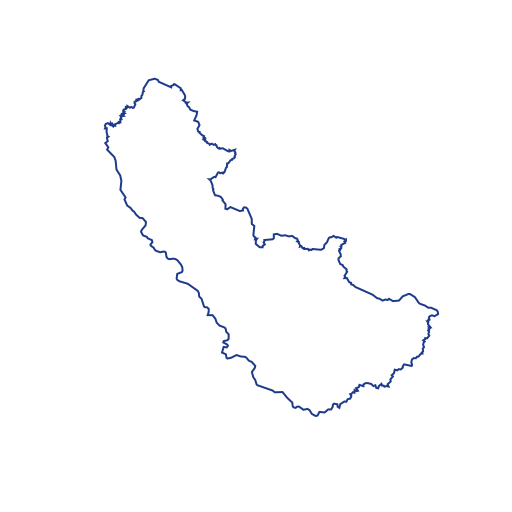 Pichincha, Manabi, Ecuador (Robinson projection), rotated 115°
{"feature_id": "8360857B60959111227770", "entity_name": "Pichincha", "entity_type": "district", "adm_level": 2, "iso_a3": "ECU", "parent_name": "Ecuador", "parent_adm1": "Manabi", "projection": "robinson", "projection_center": [-79.88, -0.896], "detail": "fine", "context": "isolated", "style": "outline", "palette": "blue", "viewbox_px": 512, "rotation_deg": 115, "n_neighbors": 0, "source": "geoboundaries", "source_scale": "gbopen_adm2", "svg_char_len": 6078}
<svg xmlns="http://www.w3.org/2000/svg" viewBox="0 0 512 512"><g transform="rotate(115 256 256)"><path d="M267.0,387.2L267.3,385.3L269.2,382.1L270.6,377.7L269.6,374.8L271.7,370.1L274.9,369.0L280.3,370.5L282.6,370.5L285.1,367.1L284.8,363.1L285.7,361.5L285.6,357.1L287.3,355.7L290.2,356.5L291.1,355.8L291.7,352.4L293.4,349.7L293.5,348.2L293.1,344.4L291.1,341.8L290.6,340.1L291.2,339.0L294.5,336.9L295.6,335.1L295.5,333.2L293.3,329.7L292.8,327.6L293.1,325.4L295.5,320.4L297.2,318.2L300.4,316.3L301.9,316.4L305.5,319.8L310.0,318.4L310.9,317.3L311.3,315.0L310.0,306.1L312.2,294.2L313.5,292.3L316.8,290.3L317.8,287.3L323.7,281.8L324.0,280.7L323.2,278.7L323.9,276.5L326.9,275.2L330.0,274.8L328.0,270.3L330.0,266.3L333.0,263.5L334.5,259.6L334.1,254.9L334.5,253.0L337.3,250.9L338.5,247.7L342.6,245.8L344.3,246.2L346.8,249.3L348.2,249.1L348.4,244.7L349.2,243.5L351.2,243.9L352.1,246.9L357.9,246.0L357.8,241.8L360.7,239.7L361.0,238.6L358.8,235.6L354.0,231.8L353.5,227.3L352.0,223.2L352.2,221.8L353.9,218.2L353.8,215.1L355.9,210.2L358.0,209.8L362.9,210.7L366.9,207.3L368.7,204.3L372.2,201.1L372.5,199.9L370.9,184.1L371.6,181.4L368.1,174.5L371.4,167.6L373.5,161.2L376.8,159.1L377.3,158.0L376.9,155.9L375.4,155.3L374.3,153.5L375.3,148.0L372.8,144.7L373.1,142.3L375.5,138.7L375.8,134.4L374.6,132.8L370.5,132.6L368.8,127.7L364.5,125.7L363.4,123.1L360.1,122.7L358.3,123.5L356.8,122.8L356.0,119.6L358.1,118.3L358.4,116.3L354.6,117.0L350.5,114.4L350.0,112.6L347.0,112.4L345.4,110.3L342.6,110.4L341.4,112.2L340.6,111.2L338.5,110.6L338.3,109.0L335.8,110.0L336.0,107.8L335.1,106.7L333.4,109.4L331.5,107.4L329.1,107.8L328.6,103.6L327.0,104.3L324.9,103.0L323.9,100.8L323.3,97.4L324.3,94.6L322.7,93.2L324.7,91.3L324.3,89.3L322.0,89.7L318.9,88.3L320.2,87.1L319.5,85.5L320.2,84.4L318.6,82.6L318.3,80.7L316.6,82.5L312.7,80.9L311.0,82.1L307.4,81.0L306.7,82.6L303.8,81.4L300.4,82.2L299.9,79.6L298.3,78.9L297.6,76.8L295.1,75.8L293.9,76.4L291.6,75.9L289.9,68.5L288.7,68.5L286.6,70.4L283.8,70.9L281.8,69.8L281.1,67.9L279.2,67.5L278.5,66.2L274.9,65.3L274.1,64.0L273.4,64.9L272.0,64.2L269.5,65.7L267.6,65.2L265.9,67.0L263.5,67.5L262.3,67.0L261.7,68.8L259.9,67.5L258.9,67.9L258.3,66.2L255.0,65.3L253.8,66.9L251.7,67.0L250.8,68.4L249.8,67.8L249.3,68.7L248.1,68.0L247.6,69.1L246.9,67.7L245.1,71.4L243.6,71.9L242.9,73.1L242.6,72.3L242.1,72.8L240.6,71.9L240.4,72.8L239.7,72.5L238.4,73.4L236.7,72.8L235.4,71.4L235.1,68.8L231.7,66.4L229.9,67.5L228.8,69.2L228.9,75.6L230.1,78.1L229.5,81.8L230.0,87.1L229.7,88.6L226.1,94.7L225.4,100.5L226.0,101.8L230.6,106.0L236.0,107.6L239.0,112.8L238.6,117.4L240.2,118.0L240.8,120.4L242.9,122.4L242.5,126.5L243.1,128.2L241.8,134.0L242.1,152.8L241.2,155.5L241.5,157.7L240.1,158.5L240.4,160.3L237.6,164.3L238.7,166.5L237.2,166.4L236.5,167.4L231.8,166.7L231.3,167.7L229.8,168.2L228.7,172.4L227.6,173.6L227.7,176.3L224.6,179.7L223.1,180.2L220.5,179.0L218.5,180.1L216.6,182.6L215.8,183.0L215.2,182.4L214.3,183.2L213.3,182.0L212.2,182.3L211.6,183.4L210.7,182.8L209.8,183.3L206.5,180.7L205.5,182.0L204.4,180.8L203.0,181.5L203.6,181.9L203.3,183.6L204.5,190.6L205.5,191.0L205.0,194.2L207.2,195.6L207.6,196.7L208.8,197.6L213.7,197.5L216.9,198.7L220.3,197.8L222.9,199.7L225.8,207.8L227.1,208.2L227.4,209.9L228.5,210.4L227.6,212.0L229.3,215.3L228.4,215.8L229.2,217.1L227.9,219.0L228.9,220.1L228.0,220.2L226.3,222.6L225.3,222.9L225.4,224.9L224.3,224.5L222.9,226.2L223.3,228.1L222.5,231.5L224.4,234.7L224.8,238.1L226.9,241.5L227.0,246.2L228.9,249.0L232.5,247.3L233.9,248.1L238.0,255.2L238.9,254.6L240.4,254.9L241.8,252.9L243.9,254.2L245.3,253.7L246.5,256.4L245.1,261.4L241.8,262.7L240.1,262.4L241.2,264.0L239.5,264.2L239.1,266.2L238.2,267.2L229.5,270.2L228.7,273.4L224.2,275.5L216.8,283.8L216.3,285.7L217.2,287.6L219.0,287.8L220.2,287.0L222.1,289.7L222.5,299.9L225.8,301.8L226.1,303.7L222.0,305.4L219.8,309.8L219.1,309.8L218.0,311.5L217.3,313.1L217.5,316.4L218.3,318.5L217.6,319.6L214.3,322.9L213.3,322.9L212.6,324.1L210.1,325.4L206.5,329.4L206.2,330.7L205.7,329.6L202.0,327.4L201.7,326.0L196.5,325.7L195.8,324.9L196.1,323.4L194.4,321.4L195.0,320.7L193.2,320.0L188.5,320.5L187.5,320.0L184.3,321.3L183.7,320.3L179.9,319.5L178.9,318.3L178.0,318.6L176.9,317.3L175.2,316.9L174.7,317.6L172.3,317.4L171.8,318.4L170.8,318.5L169.9,320.2L168.7,320.1L171.3,323.0L171.1,324.9L172.5,324.3L172.9,325.6L172.4,331.7L173.7,333.5L173.5,334.6L174.3,334.8L174.2,336.0L173.6,337.7L172.3,338.7L172.5,340.0L172.0,340.3L173.1,341.3L172.9,343.6L174.6,344.9L174.1,345.2L174.1,348.2L173.4,348.5L173.5,350.5L172.5,350.8L172.6,352.1L171.8,351.8L172.1,353.0L170.5,352.4L170.4,353.9L169.3,353.8L169.2,356.2L168.2,359.4L167.4,359.5L167.6,361.0L165.6,362.8L161.3,362.5L158.8,365.1L159.3,369.3L153.4,369.4L150.1,370.3L151.0,373.8L151.1,377.4L149.5,379.4L149.1,381.3L147.3,383.3L145.7,382.6L146.8,384.6L146.1,385.2L145.7,387.9L143.5,386.8L141.5,387.5L140.0,388.8L136.9,393.5L137.5,394.3L135.8,395.0L134.7,402.0L134.8,402.9L135.8,402.9L137.7,404.7L139.0,404.2L139.2,417.8L137.9,419.3L138.1,422.7L142.1,427.5L151.6,428.7L154.0,427.9L154.2,427.3L155.3,427.8L157.8,427.1L159.4,427.5L161.2,426.7L163.5,427.9L163.1,428.8L164.2,429.7L165.1,428.9L165.7,429.6L165.4,430.4L166.7,430.2L167.5,431.2L168.8,430.7L169.4,429.5L173.1,429.4L173.8,430.0L173.6,431.9L174.9,433.0L174.4,436.1L175.5,435.8L175.9,437.0L177.1,436.5L176.5,435.7L177.8,436.0L179.1,437.7L180.3,437.6L180.6,438.6L180.9,436.2L181.8,436.6L182.1,435.6L182.5,436.3L183.2,435.8L183.7,436.8L183.1,437.1L183.8,437.6L184.9,435.1L185.5,436.4L185.0,437.5L186.2,438.2L187.0,435.9L187.1,436.8L188.2,436.3L188.1,436.9L189.5,436.8L189.4,436.0L190.2,436.4L192.2,435.4L192.5,437.0L193.6,436.5L193.9,437.5L196.3,439.5L197.5,438.6L198.1,440.2L198.9,440.2L197.9,442.5L197.2,441.6L196.6,442.2L197.0,443.3L197.7,443.2L197.0,444.1L198.8,443.7L198.2,446.5L199.9,448.0L201.9,448.0L202.9,446.7L204.2,446.7L203.4,445.2L206.7,443.9L210.1,441.3L210.2,440.2L211.7,441.2L214.6,438.9L217.4,440.3L219.9,435.8L222.5,435.9L226.2,426.2L229.1,423.4L236.6,419.0L240.3,413.2L244.7,409.8L253.4,406.8L258.0,399.0L260.3,399.1L264.7,394.1L265.5,389.8L267.0,387.2Z" fill="none" stroke="#1e3a8a" stroke-width="2"/></g></svg>